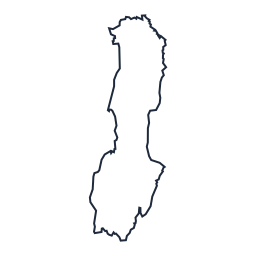 outline of Batheay, Kâmpóng Cham, Cambodia
{"feature_id": "14789045B52363017269131", "entity_name": "Batheay", "entity_type": "district", "adm_level": 2, "iso_a3": "KHM", "parent_name": "Cambodia", "parent_adm1": "Kâmpóng Cham", "projection": "equal_earth", "projection_center": [104.945, 12.037], "detail": "medium", "context": "isolated", "style": "outline", "palette": "slate", "viewbox_px": 256, "rotation_deg": 0, "n_neighbors": 0, "source": "geoboundaries", "source_scale": "gbopen_adm2", "svg_char_len": 1850}
<svg xmlns="http://www.w3.org/2000/svg" viewBox="0 0 256 256"><path d="M165.5,39.9L161.0,36.2L159.7,38.0L158.2,35.7L159.0,35.2L156.9,33.9L157.4,33.3L155.9,30.8L154.3,30.6L155.0,29.7L150.4,26.6L150.9,24.5L149.5,23.5L149.8,21.8L148.7,21.0L149.5,19.9L146.8,18.3L145.0,16.3L145.2,15.4L141.9,15.6L142.4,19.6L136.7,17.0L136.3,18.7L134.4,17.6L131.0,19.1L129.1,17.3L126.0,16.9L125.3,19.1L120.9,19.9L119.7,22.1L119.6,25.4L113.0,29.1L109.1,28.3L111.0,34.3L115.0,36.1L115.1,38.1L113.8,38.3L113.7,41.0L112.7,41.2L113.3,44.0L118.3,43.6L119.3,47.2L119.8,68.5L116.8,72.9L114.1,79.8L114.1,86.3L107.9,110.2L109.0,111.1L109.4,109.6L111.1,109.7L112.4,110.8L115.1,116.6L116.5,125.7L114.7,130.7L117.3,137.5L116.5,139.9L114.7,141.0L115.4,148.9L114.5,149.0L113.9,152.2L112.3,151.4L111.1,153.1L110.7,151.7L111.6,151.1L110.9,150.8L104.7,154.5L101.6,159.7L99.3,170.2L97.8,172.0L94.4,173.1L93.4,176.6L92.7,189.3L89.9,197.4L90.4,202.2L96.1,210.7L94.1,223.5L94.9,226.7L94.0,231.7L94.8,233.1L101.5,232.0L101.8,228.6L102.8,228.3L105.2,231.1L106.6,230.8L107.7,233.7L109.3,234.8L111.7,235.6L113.6,232.4L114.8,233.9L116.0,233.6L119.4,237.2L120.7,240.6L125.9,240.2L126.9,235.9L129.7,232.9L130.8,229.7L133.8,228.0L134.8,224.6L134.2,223.4L135.5,223.1L135.9,221.0L135.5,217.6L138.8,213.4L139.3,207.7L140.4,208.0L140.5,212.9L142.3,216.5L145.7,214.2L150.6,206.2L152.3,196.5L156.9,185.7L156.3,183.7L157.2,182.3L156.1,180.6L158.7,179.4L159.8,175.7L162.9,171.4L162.2,170.7L163.6,167.5L164.6,166.9L159.7,162.8L151.2,160.0L149.1,156.2L146.8,146.7L147.8,142.5L147.9,128.1L149.1,122.9L148.2,114.9L150.1,110.7L156.1,110.0L159.7,103.1L160.3,97.8L159.4,92.9L160.4,81.9L161.9,77.5L163.8,75.2L162.3,70.6L166.1,67.2L163.0,63.0L163.7,59.0L162.9,58.2L163.0,54.9L163.8,53.5L162.8,52.9L162.5,50.4L163.3,49.8L163.2,47.0L165.7,45.1L164.7,40.8L165.5,39.9Z" fill="none" stroke="#1e293b" stroke-width="2"/></svg>